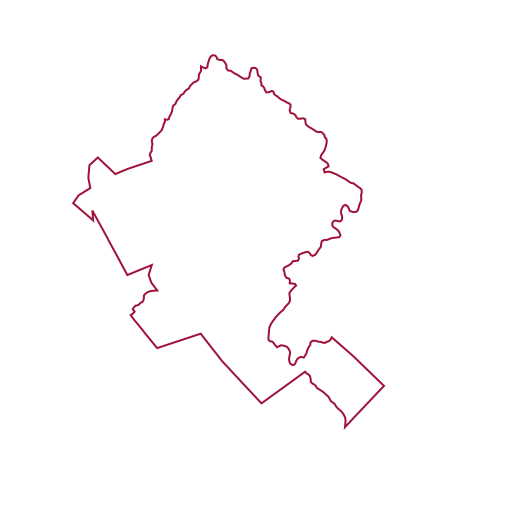 Batalha, Piauí, Brazil (Mercator projection), rotated 134°
{"feature_id": "56859067B48671667147082", "entity_name": "Batalha", "entity_type": "district", "adm_level": 2, "iso_a3": "BRA", "parent_name": "Brazil", "parent_adm1": "Piauí", "projection": "mercator", "projection_center": [-42.097, -3.963], "detail": "fine", "context": "isolated", "style": "outline", "palette": "rose", "viewbox_px": 512, "rotation_deg": 134, "n_neighbors": 0, "source": "geoboundaries", "source_scale": "gbopen_adm2", "svg_char_len": 4888}
<svg xmlns="http://www.w3.org/2000/svg" viewBox="0 0 512 512"><g transform="rotate(134 256 256)"><path d="M295.0,438.2L306.4,438.9L316.1,431.0L322.3,422.4L335.8,425.8L337.8,425.3L341.1,424.9L345.0,424.2L343.5,397.9L337.0,405.3L346.2,375.6L347.1,373.1L352.2,356.8L358.0,338.7L359.1,335.3L349.6,331.2L334.9,324.7L344.3,320.0L347.9,312.7L349.4,303.1L351.0,304.6L352.4,305.8L355.0,307.8L357.8,309.0L360.2,309.3L362.3,309.2L363.7,307.9L365.4,306.5L367.8,305.8L369.9,306.5L373.1,306.6L375.5,308.2L378.1,308.1L379.9,307.7L380.4,304.6L383.1,304.6L385.5,305.1L386.4,300.3L386.7,298.3L387.0,295.3L387.4,291.5L387.8,288.5L388.1,286.0L388.5,283.3L388.8,281.5L389.0,279.4L389.2,277.5L389.6,274.4L389.9,271.9L390.4,267.4L390.7,265.3L390.9,263.1L360.9,247.4L350.3,241.8L355.2,207.1L355.8,194.8L356.0,192.3L358.2,149.7L305.1,140.3L305.3,137.9L304.8,135.9L304.9,133.8L306.6,131.1L308.5,129.0L308.6,126.8L308.0,125.1L307.9,123.1L308.6,120.5L307.8,116.8L307.1,112.9L307.1,110.9L307.0,108.7L306.9,106.1L307.9,103.0L308.4,101.2L308.0,98.5L307.8,96.6L308.5,94.3L308.8,91.9L308.7,89.8L308.5,87.2L308.9,83.7L309.6,81.4L310.4,79.4L312.1,77.4L314.5,75.3L317.3,73.1L296.9,73.4L293.5,73.4L280.9,73.5L274.9,73.6L260.5,73.7L260.5,86.9L260.5,117.2L261.9,145.0L264.1,144.3L266.4,144.3L268.4,145.4L270.5,146.0L271.8,147.4L272.4,149.1L274.0,151.1L275.6,154.2L277.6,156.4L280.4,156.8L282.2,155.2L284.7,154.9L287.0,154.1L289.0,153.3L291.1,152.0L293.6,151.5L295.9,151.1L297.2,153.4L299.0,154.4L301.3,154.7L303.6,154.2L305.4,153.3L307.5,152.9L309.2,154.1L309.6,156.6L308.5,159.0L307.3,160.6L304.7,162.4L302.3,163.9L300.8,165.9L300.0,168.6L299.9,170.9L301.1,173.6L302.9,176.0L304.8,176.7L307.1,177.6L306.6,181.6L306.2,184.6L307.6,186.8L307.6,188.8L305.6,190.8L303.1,192.7L300.8,194.7L298.2,196.7L295.5,197.7L292.6,198.4L290.1,198.8L286.5,199.3L283.4,199.4L280.9,199.4L278.9,199.3L276.9,199.0L274.8,199.1L272.8,199.6L270.3,199.7L267.1,199.7L264.4,200.5L262.3,202.8L260.9,204.7L259.5,206.2L257.4,206.6L255.3,206.8L252.0,206.8L249.5,206.6L249.0,208.4L250.7,211.1L252.3,212.7L250.0,214.6L249.3,216.6L250.6,218.9L249.7,222.0L247.6,224.7L246.9,226.6L244.8,227.6L242.8,227.0L240.2,226.0L236.9,225.4L234.2,225.9L232.6,224.5L230.2,222.6L228.0,223.3L226.9,225.1L225.3,226.0L223.3,225.2L221.6,224.5L219.0,223.1L216.8,221.5L216.7,219.0L217.2,217.0L216.6,215.3L213.9,214.2L211.0,214.7L208.0,215.3L204.2,215.8L201.4,218.0L199.4,218.9L197.0,218.0L194.6,215.8L191.5,214.5L189.6,213.4L188.1,211.9L186.2,210.5L184.6,209.2L182.6,209.5L181.4,211.8L180.7,213.8L180.7,215.8L180.9,218.2L181.5,220.2L181.0,222.4L179.4,224.0L177.2,224.4L175.3,223.5L174.3,221.9L173.0,219.7L171.1,219.2L169.2,220.0L167.5,221.9L166.4,224.2L165.0,225.8L162.5,227.2L159.8,227.9L157.9,227.7L156.7,226.2L156.7,224.0L157.4,222.1L158.4,219.9L156.9,216.5L154.4,214.5L152.4,214.5L150.7,215.3L148.3,216.7L145.5,218.0L143.2,218.7L141.2,220.5L139.5,222.5L137.2,223.8L135.0,226.0L134.9,228.4L135.3,230.2L135.7,233.6L136.0,236.3L137.5,238.5L138.1,241.9L138.5,244.6L139.5,248.0L140.6,251.5L141.3,254.5L142.1,256.6L143.0,258.7L143.7,260.6L145.3,262.8L148.2,264.7L146.5,267.6L143.9,266.9L141.2,266.0L139.8,268.2L139.7,270.1L140.0,272.0L140.6,275.1L140.7,277.8L138.3,279.1L135.9,279.5L133.3,279.9L130.5,281.0L127.9,282.4L125.5,283.8L123.7,285.5L122.7,287.2L122.8,289.1L121.5,290.7L121.3,293.3L121.6,295.5L123.3,296.9L124.7,299.2L125.0,301.6L125.5,304.2L126.3,307.1L126.7,309.7L126.6,311.6L125.3,313.5L123.4,315.6L124.2,317.8L126.4,319.4L128.1,321.1L128.2,323.0L127.3,325.5L127.6,327.9L129.1,330.5L127.8,333.1L124.9,334.6L123.2,336.2L123.2,338.1L124.2,340.7L124.9,343.8L125.8,346.2L126.3,348.9L126.3,351.3L126.9,353.6L126.9,355.6L125.7,357.6L126.2,359.4L128.3,360.0L131.1,362.0L130.5,364.8L129.4,366.8L129.1,368.7L129.5,370.7L128.0,372.0L127.0,374.3L124.2,376.6L124.6,379.8L123.0,382.3L121.2,384.5L121.1,386.5L121.9,388.2L124.0,389.7L126.0,388.6L128.7,387.5L131.2,385.5L133.7,384.9L136.9,387.8L137.9,391.3L138.3,394.0L138.8,395.9L139.5,398.0L139.9,400.4L140.3,402.8L142.0,405.1L141.5,407.8L139.2,409.9L138.6,412.1L138.1,414.7L138.4,416.5L140.1,418.2L141.3,420.5L140.4,422.3L140.1,424.5L141.6,426.6L143.7,427.1L146.3,426.6L148.4,425.5L150.2,424.7L152.2,423.5L154.1,422.1L156.0,422.6L157.1,424.7L157.8,427.3L159.2,426.0L160.8,424.2L163.0,423.6L165.0,423.2L166.9,421.6L169.0,420.0L171.9,420.2L174.2,421.4L176.5,421.5L179.3,421.6L182.0,420.6L184.7,421.4L187.2,421.4L189.9,420.9L192.3,421.8L195.0,421.2L197.9,421.0L200.5,420.5L202.6,419.6L205.6,420.0L208.1,418.4L210.7,416.7L213.7,415.6L216.3,414.9L218.1,413.8L219.9,414.7L221.0,416.5L222.8,414.7L225.5,413.9L227.6,412.6L229.3,411.8L231.2,411.2L233.7,411.2L236.4,411.2L238.7,411.3L241.1,412.2L243.4,412.2L245.6,410.9L247.6,408.1L250.4,406.3L252.7,404.1L255.6,403.4L257.3,402.5L258.0,400.5L259.1,398.9L260.0,397.1L280.5,407.8L282.9,409.0L291.2,412.6L294.8,414.1L295.0,434.2L295.0,438.2Z" fill="none" stroke="#9f1239" stroke-width="2"/></g></svg>